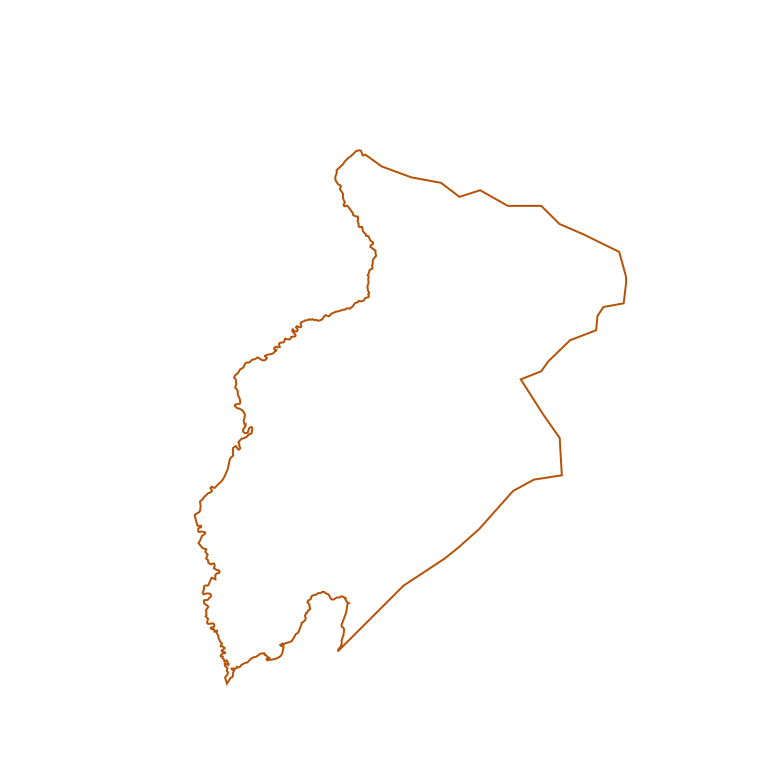 Myangad, Hovd, Mongolia, rotated 65°
{"feature_id": "93677404B16337473232636", "entity_name": "Myangad", "entity_type": "district", "adm_level": 2, "iso_a3": "MNG", "parent_name": "Mongolia", "parent_adm1": "Hovd", "projection": "mercator", "projection_center": [91.966, 48.561], "detail": "fine", "context": "isolated", "style": "outline", "palette": "amber", "viewbox_px": 768, "rotation_deg": 65, "n_neighbors": 0, "source": "geoboundaries", "source_scale": "gbopen_adm2", "svg_char_len": 6165}
<svg xmlns="http://www.w3.org/2000/svg" viewBox="0 0 768 768"><g transform="rotate(65 384 384)"><path d="M606.8,538.9L575.0,451.5L567.9,403.1L563.6,385.5L555.6,358.9L535.5,312.3L534.0,288.6L541.9,261.4L507.2,247.6L478.8,252.6L437.6,258.1L438.9,236.2L432.8,225.2L423.0,196.9L424.9,169.0L412.7,161.9L406.9,152.6L412.2,132.7L393.8,121.3L388.5,119.2L363.7,115.0L332.8,139.9L313.2,157.3L289.0,166.2L274.8,196.6L249.0,215.0L246.3,236.5L225.8,247.3L208.1,272.1L185.9,294.1L168.2,304.0L168.3,305.1L167.8,306.7L162.9,306.3L161.8,307.6L161.2,309.9L161.2,311.1L163.5,317.6L163.9,320.4L165.8,325.8L167.3,327.7L170.0,336.1L170.7,336.9L172.6,337.4L175.4,340.4L177.5,341.4L178.8,341.8L183.6,341.2L185.9,339.4L186.7,339.6L188.5,341.6L194.2,340.8L198.3,342.7L202.8,342.7L204.4,344.9L205.2,345.0L206.2,344.7L206.6,342.2L208.1,341.5L216.1,340.0L217.2,340.6L218.3,340.4L220.6,338.1L221.2,337.0L223.8,337.8L224.9,339.1L227.5,339.1L230.0,340.3L231.4,340.0L232.5,337.4L236.6,338.6L241.0,337.2L242.1,337.6L243.5,335.6L248.4,335.7L251.0,334.1L252.5,334.9L252.6,337.3L253.9,338.4L259.7,335.3L261.4,336.3L264.5,336.9L266.0,340.3L267.5,342.2L270.3,343.4L271.8,345.0L274.0,345.2L274.6,346.2L274.4,347.7L274.8,349.0L277.6,351.4L278.3,352.8L280.4,352.5L281.9,353.8L285.9,355.3L288.6,357.8L292.3,359.0L294.8,358.9L295.6,359.4L296.1,360.5L297.3,360.3L298.4,360.9L298.8,361.7L298.4,362.6L298.3,365.1L299.7,366.9L299.5,369.8L298.0,371.7L298.9,373.4L298.3,375.4L298.6,376.6L300.5,379.5L300.8,381.7L301.3,382.7L299.7,385.9L300.1,387.7L299.4,389.5L299.0,393.8L298.2,396.8L298.1,402.4L299.3,404.7L299.2,405.5L297.0,407.8L297.2,409.3L299.3,412.7L299.3,414.5L298.9,416.9L297.1,418.4L296.7,420.2L295.0,421.4L294.9,423.2L293.8,424.2L293.8,426.4L293.0,428.7L293.3,430.2L292.9,432.6L293.9,434.1L296.3,434.3L297.1,434.8L297.2,435.8L296.8,436.7L295.0,438.2L294.9,439.0L295.4,439.8L298.3,439.2L299.5,440.5L299.3,441.4L298.4,442.6L297.6,443.3L296.1,443.3L295.8,443.9L297.4,444.8L301.7,443.5L302.9,443.7L303.3,444.3L302.1,448.2L303.6,449.8L303.7,450.7L302.3,453.3L301.4,453.9L301.2,454.6L303.6,456.7L303.7,457.7L302.6,461.0L303.6,462.4L306.4,462.8L306.0,464.9L304.7,465.6L304.6,466.9L305.0,468.3L306.4,468.7L307.6,467.2L308.3,467.5L308.2,468.9L309.3,470.9L309.3,473.3L308.2,477.2L308.2,480.0L308.9,480.1L310.8,479.1L311.3,479.5L312.1,481.6L311.8,482.8L310.9,484.4L306.6,487.1L307.0,490.6L306.2,493.1L307.4,496.5L307.4,497.6L306.5,499.4L306.6,500.9L309.6,504.5L310.0,508.3L312.3,511.6L313.2,515.2L314.8,517.2L317.4,516.4L321.7,518.0L324.3,520.4L327.6,519.5L329.0,519.7L331.6,521.0L336.2,521.0L340.1,522.0L340.9,523.0L339.8,527.3L340.0,528.0L341.0,528.5L344.1,527.1L345.0,525.6L348.3,523.3L352.0,522.9L353.7,523.3L358.5,527.0L362.4,527.4L362.1,526.5L363.2,527.0L363.9,527.7L366.1,531.4L367.3,531.7L368.7,531.5L370.1,530.3L370.4,528.7L370.0,527.4L367.3,525.2L366.8,523.8L366.9,522.4L367.6,522.0L368.7,522.2L372.4,524.6L372.9,525.3L372.5,527.3L372.6,528.2L373.4,529.5L373.8,531.1L373.9,533.9L373.4,536.0L374.8,539.9L375.9,540.8L377.6,540.5L378.9,541.4L381.3,541.3L381.8,541.9L382.1,543.4L381.6,543.9L378.0,544.3L377.6,544.8L378.1,547.5L379.9,549.0L381.0,549.0L382.6,550.2L385.1,550.9L386.0,553.8L387.0,555.5L394.9,561.4L400.7,567.9L403.4,572.0L404.5,575.9L406.6,581.2L406.3,582.1L404.7,583.1L404.4,584.3L405.2,585.4L407.6,584.9L408.5,585.5L408.9,587.1L408.7,589.9L410.0,593.1L410.0,594.2L411.7,597.0L412.7,600.4L417.4,601.9L421.0,604.2L422.0,605.6L422.5,610.7L423.4,611.2L433.0,612.9L433.9,612.6L434.8,610.2L435.5,609.8L436.4,610.4L436.3,612.9L437.0,613.8L439.1,614.6L440.0,614.2L440.7,611.5L442.2,609.4L443.1,608.8L444.1,609.6L444.8,613.2L448.3,617.0L449.7,619.4L456.1,617.8L458.7,614.9L460.6,616.9L464.3,616.0L467.0,619.0L469.0,618.0L471.8,618.7L474.4,617.1L474.4,614.9L474.9,613.9L477.0,614.1L479.0,616.0L481.2,614.7L482.8,612.7L484.2,612.1L485.7,613.4L485.0,615.4L485.8,617.6L489.8,619.4L486.8,621.9L486.8,622.3L492.0,628.1L492.0,629.5L491.2,630.8L491.1,632.1L491.9,633.0L493.9,633.8L496.2,636.4L498.4,636.4L498.8,633.4L499.9,631.2L501.2,630.0L502.2,630.0L503.1,630.5L505.0,634.7L504.9,636.0L504.0,638.1L504.5,639.0L506.8,639.6L509.1,638.7L510.2,637.6L511.7,637.4L513.8,641.0L515.3,641.2L517.0,642.3L518.4,642.4L519.2,643.9L522.4,642.7L525.6,645.3L526.7,645.1L527.6,643.7L528.6,640.2L529.9,639.6L531.1,639.7L532.2,641.0L532.3,641.6L531.6,643.5L532.2,644.3L533.5,643.7L534.6,641.7L536.7,642.3L537.0,639.7L537.7,640.0L538.2,640.9L541.7,640.6L544.5,641.3L548.7,641.3L550.4,640.4L551.1,640.9L552.0,642.5L552.7,642.9L553.6,641.2L556.0,640.0L556.7,641.8L556.7,643.3L557.2,643.8L557.6,644.0L559.9,641.6L560.7,641.5L560.8,641.9L560.0,643.5L560.6,646.0L561.4,647.0L562.3,646.7L563.0,645.4L564.2,646.2L566.1,645.4L567.6,646.0L568.5,645.4L568.0,643.5L572.1,643.1L572.9,643.9L570.4,645.9L570.3,646.7L572.3,647.2L575.5,646.0L577.3,647.7L579.2,647.2L580.9,648.4L582.9,652.1L589.2,653.0L585.5,647.3L585.5,645.7L584.6,644.1L582.0,642.9L580.7,641.2L578.2,642.5L577.5,642.4L578.2,640.6L579.3,639.5L579.0,637.7L578.1,637.1L579.2,635.9L579.4,633.7L578.4,632.2L578.0,627.8L578.5,626.2L578.5,625.1L576.7,620.7L576.6,617.6L577.2,615.3L576.2,609.9L577.4,606.3L579.0,606.7L579.5,605.7L582.3,604.9L583.8,603.5L584.1,603.7L583.5,605.4L583.7,606.7L584.8,606.7L585.4,606.1L585.3,605.4L584.3,605.7L584.2,605.4L586.1,603.4L587.3,598.0L587.2,593.8L586.4,591.7L585.1,590.1L579.8,586.0L578.6,586.2L578.7,587.1L577.4,588.3L576.6,588.3L576.3,585.5L577.6,584.4L577.2,582.6L577.7,580.9L578.1,576.3L573.3,569.3L573.2,567.1L572.5,566.1L567.0,560.4L565.6,559.6L565.6,557.9L564.4,554.8L563.7,554.2L560.5,553.5L560.0,552.5L558.8,551.8L558.5,551.0L558.9,550.4L557.0,548.3L557.3,547.3L556.4,545.8L553.9,545.6L552.4,544.8L549.3,545.6L548.2,544.4L548.4,543.9L547.8,541.2L545.7,539.2L545.5,538.3L546.2,534.7L545.7,532.6L546.7,529.5L546.3,528.1L547.1,526.1L549.3,525.1L551.4,523.1L555.8,523.0L557.2,522.4L558.0,520.8L557.5,517.0L558.6,514.9L558.3,512.7L558.9,511.5L561.8,509.3L562.1,509.4L562.1,510.0L563.5,509.9L566.8,509.4L567.7,508.6L567.7,509.3L567.3,509.6L575.2,514.9L584.5,524.4L586.1,524.9L587.1,524.1L589.3,523.7L594.5,526.9L596.1,528.7L599.0,531.1L601.7,532.1L603.8,534.4L605.2,537.5L606.8,538.9Z" fill="none" stroke="#b45309" stroke-width="2"/></g></svg>